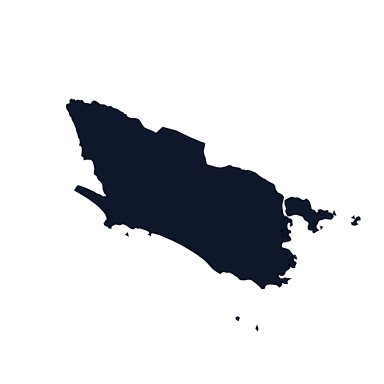 Rio de Janeiro, Rio de Janeiro, Brazil (Albers equal-area conic projection), rotated 36°
{"feature_id": "56859067B69544192053781", "entity_name": "Rio de Janeiro", "entity_type": "district", "adm_level": 2, "iso_a3": "BRA", "parent_name": "Brazil", "parent_adm1": "Rio de Janeiro", "projection": "albers", "projection_center": [-43.389, -22.912], "detail": "fine", "context": "isolated", "style": "filled", "palette": "ink", "viewbox_px": 384, "rotation_deg": 36, "n_neighbors": 0, "source": "geoboundaries", "source_scale": "gbopen_adm2", "svg_char_len": 6095}
<svg xmlns="http://www.w3.org/2000/svg" viewBox="0 0 384 384"><g transform="rotate(36 192 192)"><path d="M243.8,139.1L242.3,139.7L239.1,139.9L236.2,140.0L234.5,139.7L233.0,139.6L231.4,139.8L230.0,140.3L228.0,140.6L225.8,141.4L224.2,142.3L223.4,143.5L221.8,143.7L220.2,144.7L218.6,145.4L216.9,144.9L215.2,145.8L213.4,146.6L210.1,148.4L208.7,148.1L206.7,148.9L204.4,152.5L203.1,153.9L202.1,155.3L200.4,156.5L197.9,157.9L196.4,158.5L187.6,161.6L184.3,158.8L183.2,157.5L179.9,155.3L177.1,152.9L173.8,145.8L172.1,145.9L170.4,146.6L159.7,149.2L143.2,152.2L130.5,157.1L129.1,164.2L128.6,166.5L127.4,166.2L125.8,166.2L117.6,168.1L115.8,168.4L113.8,168.0L111.6,167.3L109.0,166.1L107.5,165.6L105.9,165.2L104.0,165.7L102.3,166.7L99.5,168.7L98.1,169.2L96.7,169.5L94.9,169.6L93.1,168.5L91.6,169.4L89.9,168.7L85.9,169.5L84.7,169.3L82.7,169.5L80.7,170.4L78.6,171.0L76.3,170.7L74.0,172.9L69.9,173.4L66.6,175.6L62.3,175.5L60.6,175.7L59.0,176.6L58.7,178.2L59.0,180.3L58.0,181.2L56.1,181.9L53.8,183.3L51.9,183.9L50.5,183.1L49.2,182.8L48.5,184.1L47.2,184.3L45.8,184.9L44.8,186.6L43.9,187.6L42.6,186.8L41.6,187.8L39.9,188.2L39.7,189.7L40.8,190.4L41.4,192.4L39.6,195.0L40.7,196.8L42.3,198.2L44.5,198.8L46.3,199.8L48.1,201.3L50.0,202.0L51.5,202.2L52.5,203.5L56.3,205.3L57.5,206.0L59.1,207.1L60.9,208.2L62.2,209.4L63.4,210.5L65.3,211.7L66.9,212.9L68.2,214.2L70.3,215.0L72.1,216.7L73.1,217.9L73.6,219.8L75.2,219.4L77.3,220.5L79.2,222.8L81.6,227.2L83.1,227.1L84.4,227.5L85.8,228.9L87.3,227.1L91.0,224.7L92.7,224.7L94.4,225.4L95.5,226.2L97.0,227.3L99.2,229.5L100.5,231.0L101.2,232.7L102.6,234.6L104.2,234.5L106.0,234.7L108.1,236.2L109.9,236.7L111.9,236.7L113.6,237.3L115.1,237.9L116.4,239.2L118.9,242.0L120.7,243.2L122.1,244.0L123.8,244.3L125.9,245.6L125.9,247.1L124.1,247.2L123.6,248.5L118.8,248.8L116.7,249.6L115.2,249.8L112.2,250.0L108.6,250.9L107.1,251.0L104.8,251.6L100.9,252.5L99.3,253.2L97.4,253.6L96.1,254.3L96.3,259.2L109.4,258.0L114.7,257.8L117.5,257.9L120.3,257.8L126.0,258.3L131.9,259.4L135.4,260.5L137.8,262.1L140.1,264.0L139.3,265.4L139.7,266.7L139.5,268.8L140.7,269.7L142.5,269.6L144.4,269.0L146.1,269.6L147.4,268.8L146.5,267.8L146.8,266.4L148.6,262.7L151.6,261.3L153.0,260.5L153.8,259.3L154.4,257.9L156.2,257.5L158.2,257.1L159.9,257.0L163.8,257.0L165.1,256.6L166.3,255.7L166.3,254.4L167.6,253.2L169.2,253.1L170.3,251.8L173.8,250.4L175.5,249.9L178.4,249.1L180.7,248.9L182.6,250.1L183.4,248.3L185.5,247.2L189.6,245.8L193.0,244.8L204.6,242.2L213.9,240.6L221.4,239.8L226.3,239.4L232.4,239.1L240.1,239.1L243.5,239.4L246.5,239.9L253.1,241.3L254.7,241.5L256.0,241.6L257.4,241.5L258.6,241.5L262.6,241.1L263.0,238.8L264.3,237.6L265.9,236.8L267.4,236.3L268.1,235.2L269.9,234.5L272.5,233.9L274.7,233.8L276.6,233.8L278.2,233.5L279.5,233.6L280.7,234.1L282.2,234.2L283.4,233.8L286.4,231.6L288.4,229.4L290.7,228.0L292.2,227.7L298.1,227.8L301.6,228.1L305.3,228.8L306.8,227.5L306.0,225.0L306.7,222.8L308.0,221.2L309.5,220.0L310.9,219.1L315.3,216.8L318.4,217.2L318.9,215.8L318.5,213.9L317.1,212.5L318.7,211.6L320.7,211.3L322.6,210.0L321.1,208.7L321.1,206.5L321.8,205.1L319.6,206.4L318.0,206.9L317.1,208.7L315.4,210.0L314.2,210.9L311.8,209.9L310.1,208.8L310.7,206.8L312.1,207.2L313.3,206.7L314.5,205.5L314.7,203.6L313.9,201.6L314.2,199.8L315.4,196.8L315.0,195.4L313.6,195.4L313.3,194.0L314.7,193.8L316.5,194.0L318.1,193.6L319.2,192.7L318.3,191.3L317.9,188.5L316.3,188.3L314.8,188.3L313.4,187.2L312.0,185.8L311.6,184.3L307.2,183.1L305.4,182.4L303.6,182.4L302.1,182.8L299.5,183.9L296.4,184.5L295.3,182.3L294.5,180.6L294.6,179.2L296.5,177.4L299.4,173.9L299.8,172.6L298.3,171.6L296.5,170.9L295.2,171.6L294.8,169.5L293.5,168.0L295.4,166.9L294.4,165.9L292.8,166.5L291.0,166.2L289.4,165.0L288.2,163.4L287.4,161.7L287.4,159.9L288.4,159.0L290.4,158.1L289.4,156.5L287.9,156.1L286.6,156.9L284.6,156.9L282.7,156.7L283.5,158.1L283.0,159.8L281.9,158.1L278.3,156.4L276.9,155.2L275.2,153.3L273.2,151.3L271.8,149.3L270.3,146.0L269.7,144.4L268.9,142.7L267.6,142.1L265.9,141.9L264.0,142.1L262.0,142.7L258.1,141.4L256.6,140.2L255.3,138.9L253.8,138.3L252.2,138.4L250.3,138.8L245.3,139.4L243.8,139.1ZM295.2,171.6L295.1,173.1L293.2,174.1L292.2,173.2L290.2,173.9L289.9,171.9L292.1,171.8L293.8,172.0L295.2,171.6ZM140.1,264.0L140.1,262.0L139.9,259.1L141.3,259.1L141.8,261.5L141.3,262.9L140.1,264.0ZM287.0,169.3L288.5,170.4L287.1,171.0L287.0,169.3ZM133.7,256.1L135.1,254.9L135.6,256.2L133.7,256.1ZM312.8,127.6L311.5,128.7L310.7,130.2L308.6,130.4L306.3,131.1L305.3,132.5L306.4,133.2L306.0,134.6L306.0,136.1L304.5,136.2L302.9,135.6L301.3,135.5L300.0,136.0L298.4,136.1L297.2,135.0L295.8,133.6L292.9,131.4L291.5,131.0L289.9,130.8L288.5,130.9L288.5,132.4L287.1,133.6L285.8,134.3L283.9,134.3L282.0,134.6L280.6,135.1L279.2,136.5L277.5,137.2L276.3,137.5L275.3,138.7L273.6,141.8L272.6,143.9L273.4,145.5L275.2,147.5L276.4,148.3L277.9,149.1L278.9,150.5L279.0,151.9L280.2,152.9L281.6,153.8L283.6,154.5L284.9,153.7L286.5,151.4L287.8,149.8L289.6,148.3L294.6,146.7L295.9,146.2L297.2,146.7L299.2,147.8L301.0,147.8L302.7,147.4L304.3,147.8L305.6,148.7L306.6,151.8L308.3,153.5L310.3,152.9L311.7,151.0L313.3,150.9L312.8,152.5L314.1,153.3L315.0,152.0L315.4,150.6L316.4,148.8L314.2,148.6L312.4,147.5L311.7,145.8L311.8,144.1L311.2,142.3L311.0,140.8L311.6,139.1L313.0,137.9L313.9,136.3L315.2,135.0L316.4,134.2L318.0,133.5L320.2,132.1L320.6,130.3L320.4,128.8L318.7,128.0L317.3,127.8L316.1,127.9L314.6,129.6L312.8,127.6ZM342.0,119.7L341.9,118.0L344.0,115.6L342.7,114.3L341.4,114.3L340.6,116.0L340.6,121.8L339.5,123.1L340.6,123.9L342.1,123.6L343.7,122.2L344.4,120.9L343.1,121.0L342.0,119.7ZM304.6,268.5L304.1,266.3L302.3,266.5L301.8,267.9L303.0,268.8L304.6,268.5ZM311.6,184.3L313.4,185.2L315.4,184.5L313.8,183.4L312.4,182.9L311.6,184.3ZM325.3,263.8L323.7,262.7L324.2,264.7L326.0,265.1L325.3,263.8ZM290.4,158.1L290.9,160.0L291.7,161.2L292.2,159.7L290.4,158.1ZM321.2,126.2L320.0,125.4L318.7,124.6L319.4,126.6L321.2,126.2ZM165.5,264.8L164.1,263.6L163.8,265.1L165.5,264.8ZM338.4,117.9L337.3,116.8L336.9,118.4L338.4,117.9ZM182.6,250.1L182.2,251.5L183.5,251.4L182.6,250.1ZM317.9,144.0L316.8,144.4L317.9,145.4L317.9,144.0Z" fill="#0f172a" stroke="#020617" stroke-width="1.5"/></g></svg>